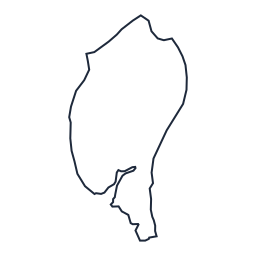 Jongju City, P'yŏngan-bukto, North Korea (Equal Earth projection)
{"feature_id": "82179303B20654085451729", "entity_name": "Jongju City", "entity_type": "district", "adm_level": 2, "iso_a3": "PRK", "parent_name": "North Korea", "parent_adm1": "P'yŏngan-bukto", "projection": "equal_earth", "projection_center": [125.249, 39.696], "detail": "fine", "context": "isolated", "style": "outline", "palette": "slate", "viewbox_px": 256, "rotation_deg": 0, "n_neighbors": 0, "source": "geoboundaries", "source_scale": "gbopen_adm2", "svg_char_len": 1094}
<svg xmlns="http://www.w3.org/2000/svg" viewBox="0 0 256 256"><path d="M86.4,53.8L87.8,60.8L89.2,69.7L84.2,80.2L76.1,90.8L71.0,106.6L69.2,117.2L70.7,122.5L70.3,138.4L71.6,150.8L74.5,161.4L77.4,173.8L85.0,186.2L94.5,194.0L96.0,193.2L101.1,193.9L104.4,192.6L106.6,189.8L108.4,187.5L114.0,184.2L115.6,181.6L116.8,172.5L118.4,170.1L121.1,171.3L124.7,171.2L132.3,167.2L135.2,166.9L135.5,168.1L133.4,170.7L125.6,173.4L122.5,175.7L117.0,185.6L115.3,194.1L114.8,197.2L113.1,199.1L113.1,202.1L110.8,204.5L112.4,206.6L118.6,206.4L121.8,211.4L128.3,214.9L130.7,223.1L132.7,224.2L138.1,224.0L138.5,224.6L135.5,230.5L140.0,240.6L145.2,240.6L148.8,238.9L149.2,237.6L156.6,236.3L155.1,231.0L155.2,225.7L153.8,220.3L152.3,216.8L150.8,209.7L151.1,199.1L149.7,188.5L153.0,183.2L151.6,172.6L153.5,158.5L160.1,144.4L166.7,130.3L173.3,119.7L183.1,103.9L186.5,89.8L186.8,77.5L185.5,65.1L184.0,60.7L182.5,56.3L178.0,47.4L171.9,38.5L163.9,40.2L162.7,39.9L157.7,38.4L151.5,31.3L148.6,20.7L140.8,15.4L132.8,20.6L121.6,29.3L116.8,34.6L108.7,41.6L94.3,52.1L86.4,53.8Z" fill="none" stroke="#1e293b" stroke-width="2"/></svg>